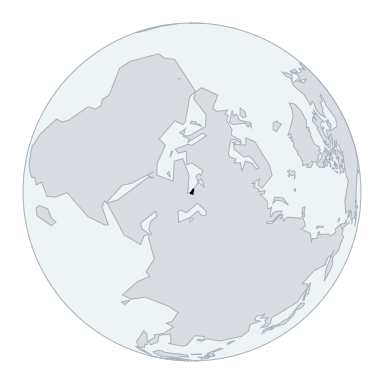 globe centered on Abkhazia, rotated 87°
{"feature_id": "GEO-3015", "entity_name": "Abkhazia", "entity_type": "Autonomous Republic", "adm_level": 1, "iso_a3": "GEO", "parent_name": "Georgia", "parent_adm1": "", "projection": "orthographic", "projection_center": [41.203, 42.991], "detail": "fine", "context": "on_globe", "style": "filled", "palette": "ink", "viewbox_px": 384, "rotation_deg": 87, "n_neighbors": 0, "source": "natural_earth", "source_scale": "10m", "svg_char_len": 11021}
<svg xmlns="http://www.w3.org/2000/svg" viewBox="0 0 384 384"><g transform="rotate(87 192 192)"><circle cx="192" cy="192" r="169" fill="#eef3f6" stroke="#a8b0b8"/><path d="M163.3,25.5L164.5,25.4L159.9,26.2L161.5,26.1L167.5,25.3L171.0,24.8L184.7,26.4L203.9,28.6L211.4,28.3L208.6,29.4L223.8,28.9L235.1,31.2L221.4,29.2L219.3,29.7L226.6,31.4L226.0,32.2L229.2,33.7L227.8,34.7L219.9,33.9L218.9,34.7L224.1,35.9L226.1,38.0L218.6,36.0L221.2,39.6L208.5,39.8L189.6,35.3L181.6,37.7L159.6,39.5L160.7,40.8L153.0,42.9L151.4,45.3L147.8,45.3L149.6,47.2L153.3,46.8L155.3,47.6L154.7,49.1L149.9,49.2L149.6,48.5L147.9,49.4L145.8,48.9L146.4,50.0L140.8,50.2L145.4,52.3L140.1,54.4L136.6,54.0L138.3,51.0L134.3,44.1L131.3,43.5L125.4,45.2L111.5,54.3L107.6,55.1L101.4,58.4L102.9,59.1L108.3,56.8L109.5,59.3L116.0,56.7L117.5,57.5L123.6,56.4L121.2,59.9L115.6,64.1L110.4,65.3L107.8,67.3L111.5,69.1L100.8,74.8L91.7,84.6L89.1,85.9L86.0,82.6L89.0,74.7L85.0,72.0L86.1,77.3L79.5,81.2L77.8,83.5L77.3,85.6L79.2,85.6L76.6,87.9L74.6,83.0L76.9,80.9L77.5,82.3L78.9,78.8L77.5,76.3L74.2,78.8L75.6,73.4L73.3,75.3L72.3,75.4L75.8,72.6L69.4,77.7L70.5,74.7L68.0,77.2L76.7,68.5L85.9,60.5L95.8,53.1L106.1,46.5L116.8,40.7L128.0,35.6L139.5,31.4L151.3,28.0L163.3,25.5ZM24.2,172.6L23.7,177.9L23.2,185.9L23.1,186.3L24.2,172.6ZM23.1,197.9L25.2,215.8L28.5,230.7L29.8,238.2L29.8,239.2L26.4,225.7L24.2,211.8L23.1,197.9ZM172.6,24.6L167.6,25.2L162.5,25.8L166.7,25.1L172.6,24.6ZM182.3,24.6L179.9,24.8L178.3,24.4L180.2,24.3L182.3,24.6ZM216.9,28.2L212.9,27.6L216.9,27.9L216.9,28.2ZM229.9,33.7L231.2,33.7L232.3,34.5L229.9,33.7ZM124.5,54.6L124.0,55.4L123.1,55.2L124.5,54.6ZM127.5,53.3L126.8,52.4L128.1,51.7L128.6,52.3L127.5,53.3ZM231.2,36.9L232.6,38.4L229.8,36.7L231.2,36.9ZM128.1,54.7L130.6,50.6L133.0,49.5L136.6,50.8L128.1,54.7ZM232.5,39.2L235.9,43.2L239.1,43.3L232.0,45.5L231.4,41.2L227.5,39.0L231.0,39.8L232.5,39.2ZM154.7,46.0L150.8,46.6L154.6,44.8L154.7,46.0ZM156.6,44.8L165.4,38.9L170.8,39.2L166.8,40.9L174.3,40.4L172.6,43.3L168.1,44.3L164.9,43.5L166.7,45.3L156.6,44.8ZM227.5,46.3L227.1,47.3L226.0,46.1L227.5,46.3ZM156.4,47.8L157.7,46.5L162.5,46.5L160.7,49.2L159.7,48.3L156.4,47.8ZM177.0,38.9L180.3,39.6L179.8,42.1L181.0,42.7L173.0,43.4L177.0,38.9ZM158.3,49.0L159.7,50.6L156.9,52.0L155.4,49.1L158.3,49.0ZM164.4,45.5L166.6,45.7L164.8,46.4L164.4,45.5ZM147.7,58.2L149.2,56.4L151.8,56.2L147.7,58.2ZM160.5,51.1L161.4,50.6L162.6,50.4L162.9,51.7L160.5,51.1ZM173.2,45.2L172.4,46.2L176.5,45.1L176.3,47.1L171.0,47.3L173.2,48.1L173.2,48.7L168.9,48.2L173.2,45.2ZM166.9,52.5L160.0,53.7L156.8,57.0L154.3,57.2L160.0,51.9L166.9,52.5ZM168.4,50.0L166.9,51.5L164.7,50.8L164.3,49.3L168.4,50.0ZM178.1,48.5L179.8,45.3L180.9,45.4L178.1,48.5ZM166.4,53.5L168.0,53.2L166.4,53.9L166.4,53.5ZM175.0,50.1L175.4,49.0L176.7,49.1L175.0,50.1ZM171.0,53.7L168.8,54.1L168.4,53.0L171.0,53.7ZM173.2,52.2L174.8,52.7L169.7,52.4L173.2,51.6L173.2,52.2ZM176.1,50.5L177.0,50.2L175.7,51.0L176.1,50.5ZM173.4,57.8L167.0,57.7L166.4,55.3L172.6,55.6L173.4,57.8ZM58.2,246.2L52.2,218.3L56.8,212.7L58.8,202.3L91.5,183.4L97.1,189.3L121.4,195.0L124.2,197.5L120.0,205.5L137.1,221.9L144.2,216.1L161.1,225.2L173.3,226.4L180.1,210.3L160.2,208.1L158.2,199.4L175.2,194.1L192.8,196.3L192.5,193.0L182.6,185.1L187.8,179.4L179.3,181.9L181.9,185.5L176.6,187.3L173.9,184.2L175.9,182.1L170.9,180.1L162.9,190.9L164.6,195.7L150.9,195.5L152.5,203.7L148.4,206.5L144.1,193.8L145.4,189.7L136.5,174.5L133.9,178.6L142.1,193.5L139.0,191.7L135.5,198.2L135.7,191.9L127.4,175.2L115.8,173.8L99.0,185.4L92.6,183.6L88.3,177.0L96.6,161.1L109.8,167.1L112.9,162.2L112.0,152.2L116.1,155.1L117.4,151.9L122.6,153.8L131.6,148.8L137.2,150.0L142.5,140.9L146.0,140.4L141.9,145.8L142.0,150.5L155.9,153.8L159.1,152.4L161.4,146.3L165.0,148.3L165.5,142.0L174.3,141.2L163.9,137.2L166.4,130.6L172.6,126.5L171.6,123.8L161.3,130.6L158.9,134.0L159.9,138.0L151.7,147.5L146.5,148.0L148.0,135.8L140.8,135.4L145.1,126.6L170.1,112.9L179.7,111.2L191.8,122.0L188.6,125.9L182.7,123.8L186.6,131.7L187.0,128.2L190.0,130.0L193.0,124.7L195.3,125.7L194.4,119.0L197.5,119.7L198.0,124.0L205.2,117.3L212.1,117.6L212.6,115.6L211.3,113.4L220.9,115.5L220.9,114.0L217.7,112.7L215.6,108.9L215.7,103.3L219.0,104.3L219.5,106.5L225.4,112.9L226.0,118.9L227.4,118.7L227.6,113.8L220.4,106.0L219.5,102.3L223.4,105.5L221.9,104.0L222.5,102.5L226.2,102.1L222.1,98.5L224.1,82.3L231.5,80.4L234.8,84.8L239.7,75.9L247.6,75.2L244.7,73.9L245.0,69.3L242.6,69.4L241.2,68.4L241.0,57.6L243.5,56.2L240.1,50.9L238.6,50.3L236.5,51.0L232.0,45.5L239.1,43.3L242.1,44.7L244.5,42.8L251.2,46.3L257.8,48.6L263.7,54.2L268.4,55.9L268.8,54.9L275.4,56.9L287.9,64.6L276.1,62.2L257.1,53.2L264.7,57.0L262.5,57.4L264.9,59.7L270.3,62.5L271.3,62.0L277.3,74.7L289.3,86.5L289.7,81.6L293.8,81.8L307.8,92.9L321.6,118.6L327.3,120.8L330.2,124.4L331.0,130.0L326.7,124.8L324.1,126.0L321.6,122.4L321.4,130.2L317.8,125.5L319.5,134.2L323.1,136.3L324.5,130.9L327.5,141.0L333.9,142.9L338.8,150.3L342.2,172.2L339.4,184.3L340.1,187.3L336.8,187.5L335.7,196.6L344.5,205.0L345.4,209.3L342.1,223.5L341.4,220.7L332.7,221.2L333.5,232.4L340.2,234.4L342.5,241.5L338.4,243.3L335.7,237.2L332.6,237.2L331.8,228.1L325.9,217.7L321.7,224.5L320.4,219.0L311.7,212.2L304.7,221.5L294.5,244.1L295.8,258.3L291.1,266.8L278.9,251.5L274.0,238.6L269.2,241.9L256.9,233.1L234.4,238.0L231.6,234.5L227.3,237.2L218.8,234.4L214.6,228.4L209.3,229.4L220.4,245.1L226.2,244.0L231.6,236.7L233.5,242.4L241.9,246.1L231.2,262.1L198.6,277.3L196.1,266.6L174.9,234.9L176.0,231.2L175.9,230.8L175.7,230.0L173.0,235.9L169.6,229.2L180.2,252.2L181.6,261.5L198.1,277.9L196.4,279.6L201.9,282.7L220.4,277.3L220.4,280.7L211.2,297.1L186.1,316.8L189.9,328.3L188.8,336.9L174.2,341.6L176.6,347.1L169.2,348.3L169.4,350.9L164.0,352.7L154.7,353.1L137.7,349.2L135.9,347.2L126.1,340.5L112.1,323.5L115.5,317.7L113.6,311.0L101.5,291.6L104.1,283.6L101.0,278.3L94.6,276.6L91.2,270.1L87.4,268.1L64.5,257.7L58.2,246.2ZM78.8,197.4L77.6,200.4L78.8,197.4ZM210.6,207.0L221.6,206.8L217.9,196.4L221.9,195.6L219.2,192.5L217.6,195.7L211.2,187.1L216.4,183.6L215.7,178.9L212.0,178.9L203.5,186.9L212.6,198.9L209.5,203.5L210.6,207.0ZM39.8,118.7L38.4,121.7L39.0,120.4L39.8,118.7ZM79.6,81.5L79.7,81.9L78.7,84.3L78.1,83.7L79.6,81.5ZM80.5,92.8L76.4,96.2L78.9,93.2L77.3,92.7L80.7,86.1L87.9,86.3L84.0,87.2L80.5,92.8ZM87.2,77.7L84.2,81.6L87.2,77.4L87.2,77.7ZM119.3,134.0L120.5,137.0L117.6,140.0L110.6,139.5L114.7,135.0L119.3,134.0ZM122.8,140.6L126.2,129.3L130.7,129.5L127.6,131.2L130.2,132.5L125.9,135.7L126.9,147.4L124.4,151.0L112.9,147.5L118.0,146.5L116.6,143.5L122.8,140.6ZM127.0,103.2L128.5,99.1L136.2,104.6L133.9,107.8L126.8,107.2L125.4,103.2L127.0,103.2ZM134.0,58.2L134.0,57.0L135.4,56.8L136.4,57.8L134.0,58.2ZM148.2,57.4L135.0,63.7L134.4,62.5L127.3,68.1L123.1,67.3L127.8,63.6L119.2,67.4L121.8,63.7L116.1,66.8L127.1,58.7L129.0,55.8L128.5,59.2L132.3,60.0L134.6,59.5L142.4,56.1L148.5,50.8L153.3,51.1L155.1,52.7L154.4,54.0L151.5,53.3L152.6,55.5L147.8,55.6L148.2,57.4ZM173.1,76.2L170.1,74.1L171.5,80.2L166.7,79.7L167.2,80.4L163.2,81.7L159.2,84.7L157.2,83.9L156.5,85.4L153.8,86.5L152.2,88.3L148.1,87.7L145.7,90.1L145.2,88.5L142.2,92.7L142.6,89.3L139.2,90.6L140.6,93.2L122.7,87.1L114.9,87.7L108.1,90.3L109.7,84.6L117.0,78.7L126.8,74.1L134.1,74.5L133.4,72.0L136.8,71.6L135.9,73.7L139.2,70.3L141.7,70.5L150.4,67.4L153.7,62.7L156.9,61.6L156.9,63.6L160.2,61.2L162.2,64.4L164.6,63.7L169.1,66.4L167.6,71.0L170.3,70.0L173.8,72.2L173.1,76.2ZM174.5,58.6L173.8,63.7L170.9,66.1L164.4,60.5L161.9,60.6L157.7,57.5L162.0,54.3L162.8,55.4L164.7,55.8L162.6,56.6L165.6,56.3L166.8,57.9L169.5,58.2L168.5,59.7L174.5,58.6ZM128.3,195.2L130.6,196.4L134.5,197.1L132.3,201.3L128.3,195.2ZM122.4,183.9L124.7,184.1L123.5,190.0L121.1,189.0L122.4,183.9ZM126.9,179.3L124.9,183.6L124.5,180.7L126.9,179.3ZM144.1,145.7L146.6,145.7L146.4,147.2L144.6,149.0L144.1,145.7ZM176.3,95.7L175.0,93.7L176.0,93.1L176.5,88.2L180.0,88.4L181.1,91.5L176.3,95.7ZM176.2,212.9L172.1,215.8L170.5,214.0L172.2,213.4L176.2,212.9ZM150.7,209.1L156.1,212.2L150.1,210.2L150.7,209.1ZM180.2,95.1L180.0,93.0L181.9,94.4L180.2,95.1ZM182.6,88.4L185.0,89.6L180.5,87.9L182.6,88.4ZM218.3,334.2L207.7,348.0L199.6,348.5L197.6,345.1L201.2,337.0L210.5,333.9L215.0,329.4L218.3,334.2ZM354.8,236.6L355.7,233.9L355.5,234.6L354.8,236.6ZM354.1,238.0L355.3,234.5L353.6,239.8L354.1,238.0ZM355.7,233.2L357.0,228.4L357.5,225.9L357.2,227.3L355.7,233.2ZM353.1,240.4L346.2,253.2L343.0,256.6L344.1,253.4L349.3,245.9L353.1,240.4ZM343.8,253.7L338.4,255.2L328.2,247.5L331.9,244.4L342.1,244.7L341.5,247.2L344.8,247.4L343.8,253.7ZM355.4,224.3L354.8,230.5L351.3,237.2L349.6,239.5L348.4,234.7L349.1,229.9L350.7,227.5L354.7,204.9L356.5,204.2L355.8,212.6L357.1,214.4L355.4,224.3ZM296.6,259.2L300.9,265.2L298.1,268.0L296.6,259.2ZM354.8,192.0L354.2,201.6L354.2,190.5L354.8,192.0ZM353.8,182.8L354.7,185.3L353.4,184.4L353.8,182.8ZM341.6,191.3L340.0,194.7L339.2,192.7L340.7,187.3L341.6,191.3ZM342.6,156.8L345.4,162.6L346.1,165.2L344.0,162.9L342.6,156.8ZM210.2,96.4L205.6,102.8L204.6,108.0L207.7,111.8L201.3,109.5L202.8,101.3L210.2,96.4ZM222.1,83.8L219.3,80.9L221.8,80.6L222.7,81.3L222.1,83.8ZM219.5,83.2L213.7,82.6L213.0,80.0L217.7,80.9L219.5,83.2ZM196.9,88.4L195.3,90.1L193.8,88.9L196.9,88.4ZM360.3,207.2L360.1,208.8L360.0,209.3L360.3,207.2ZM360.4,205.7L360.4,205.9L360.5,204.3L360.5,203.9L360.4,205.7ZM357.8,213.5L358.2,215.6L359.4,209.1L358.5,215.5L358.7,218.1L358.3,221.2L358.1,218.1L357.2,225.3L356.6,227.1L356.8,222.8L357.6,214.4L358.2,209.8L360.0,200.9L357.8,213.5ZM360.7,200.2L360.6,197.5L360.6,193.9L360.8,194.6L360.7,200.2ZM359.3,191.6L357.9,190.2L357.4,195.0L357.7,182.5L359.1,185.8L359.3,191.6ZM356.9,184.2L356.6,188.6L356.4,181.9L356.9,184.2ZM356.0,187.7L355.2,184.8L355.9,183.1L356.0,187.7ZM357.3,182.9L356.0,176.9L357.1,179.0L357.3,182.9ZM352.8,178.5L355.7,179.1L353.3,182.9L349.5,172.7L350.3,169.8L352.8,178.5ZM334.1,122.2L331.9,119.9L331.6,116.9L333.2,119.3L334.1,122.2ZM328.4,106.0L330.8,115.4L332.3,123.5L333.4,123.1L336.8,129.2L333.2,127.2L329.6,118.0L329.1,112.9L325.8,108.3L323.4,102.6L318.9,98.4L316.8,95.0L320.7,97.4L328.4,106.0ZM316.9,96.9L308.2,88.7L309.1,85.5L311.2,86.5L314.8,91.5L314.2,92.9L316.9,96.9ZM306.4,85.9L305.6,87.3L291.3,80.4L288.5,78.2L299.9,81.2L299.8,82.7L303.1,85.1L306.4,85.9ZM229.0,47.6L227.3,47.3L228.5,46.8L229.0,47.6ZM239.8,68.6L238.1,67.3L239.7,66.5L239.8,68.6ZM234.3,63.2L233.8,64.9L233.0,62.7L234.3,63.2ZM232.8,69.0L232.9,65.4L234.8,69.5L232.8,69.0Z" fill="#d9dde1" stroke="#a8b0b8" stroke-width="1"/><path d="M189.8,190.3L190.5,190.5L190.7,190.4L190.8,190.4L191.0,190.5L191.3,190.6L191.6,190.9L191.9,190.9L192.0,190.9L192.1,191.0L192.3,191.0L192.5,191.1L192.7,191.3L192.8,191.3L193.0,191.3L193.3,191.4L193.5,191.4L193.8,191.4L194.0,191.3L194.0,191.5L193.9,191.8L193.7,192.0L193.5,192.3L193.5,192.5L193.5,192.8L193.6,193.0L193.3,193.4L193.1,193.5L192.9,193.6L192.6,193.0L192.6,192.9L192.5,192.7L192.4,192.7L192.2,192.7L191.9,192.6L191.8,192.4L191.7,192.2L191.4,192.0L191.4,191.9L191.1,191.7L190.9,191.7L190.7,191.7L190.4,191.6L190.2,191.5L190.1,191.4L190.0,191.2L189.9,191.1L189.7,191.0L189.6,190.9L189.4,190.8L189.6,190.4L189.8,190.3Z" fill="#0f172a" stroke="#020617" stroke-width="1.5"/></g></svg>